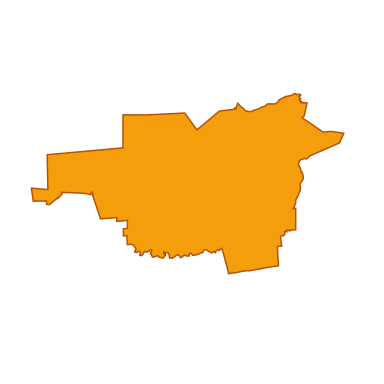 Tepezalá, Aguascalientes, Mexico, rotated 262°
{"feature_id": "50627088B35314322738338", "entity_name": "Tepezalá", "entity_type": "district", "adm_level": 2, "iso_a3": "MEX", "parent_name": "Mexico", "parent_adm1": "Aguascalientes", "projection": "natural_earth1", "projection_center": [-102.215, 22.244], "detail": "fine", "context": "isolated", "style": "filled", "palette": "amber", "viewbox_px": 384, "rotation_deg": 262, "n_neighbors": 0, "source": "geoboundaries", "source_scale": "gbopen_adm2", "svg_char_len": 5725}
<svg xmlns="http://www.w3.org/2000/svg" viewBox="0 0 384 384"><g transform="rotate(262 192 192)"><path d="M125.9,273.3L127.4,273.3L132.8,273.4L135.2,273.4L135.5,273.4L135.9,274.2L136.4,274.8L136.6,275.5L135.9,276.2L136.0,276.6L136.5,276.9L136.9,277.6L137.0,278.0L140.0,278.4L139.9,278.8L139.7,279.5L139.5,280.4L139.8,280.3L140.3,280.2L140.7,280.2L141.0,280.3L140.9,282.4L140.2,282.4L140.0,284.4L140.6,284.6L140.5,286.4L140.4,287.1L140.2,287.9L140.2,289.5L140.7,289.5L141.4,289.6L161.4,292.4L161.4,289.9L162.4,290.9L162.9,291.2L164.8,292.0L165.9,292.9L167.0,293.2L169.5,293.6L170.3,294.1L172.1,295.4L172.1,295.7L172.2,295.8L172.3,295.7L174.7,297.2L177.0,298.4L178.2,299.3L179.2,299.2L179.4,299.3L180.5,300.0L181.4,300.1L182.4,300.0L183.5,300.0L185.0,300.3L185.8,300.7L187.1,302.1L187.7,302.7L188.1,303.0L189.4,303.7L191.2,304.3L193.2,304.2L194.1,304.1L194.6,304.2L194.8,304.1L195.0,304.0L195.3,303.9L195.5,303.9L195.8,303.7L196.2,303.7L196.3,303.7L196.5,303.4L196.7,303.5L196.8,303.4L197.0,303.2L197.3,302.9L197.6,302.8L197.8,302.8L198.0,302.8L198.2,302.7L198.3,302.7L198.7,302.7L198.8,302.7L199.0,302.8L199.3,302.9L199.5,302.9L200.2,302.6L200.3,302.5L200.7,302.5L200.8,302.5L201.0,302.4L201.4,302.2L201.5,302.2L201.8,302.2L202.2,302.0L202.6,301.9L202.7,301.6L202.9,301.6L203.1,301.6L203.3,301.5L203.4,301.4L203.5,301.3L204.0,301.3L204.3,301.3L204.5,301.2L204.7,301.3L204.9,301.3L205.3,301.5L205.7,301.8L206.1,302.0L206.4,302.2L206.7,302.3L206.9,302.4L207.4,302.5L208.2,302.5L208.5,303.7L208.7,304.6L209.6,307.9L208.8,309.6L209.4,311.3L211.2,313.3L211.4,314.0L212.3,317.2L220.1,344.9L229.0,350.5L232.6,338.5L233.1,330.1L250.2,311.3L251.9,313.8L264.2,318.3L264.8,315.0L265.4,312.5L266.2,313.0L266.2,311.9L268.3,312.3L267.9,311.7L268.1,311.3L268.7,312.1L269.1,312.3L270.3,311.5L271.5,311.2L271.9,312.2L272.1,312.6L272.5,313.1L273.8,312.7L273.9,310.0L274.0,310.0L273.9,309.0L274.2,308.8L274.9,307.9L275.2,307.6L275.3,307.4L274.0,304.7L273.8,304.5L273.8,304.3L273.5,298.1L273.4,298.1L273.1,298.1L273.0,298.3L272.9,298.8L272.9,297.1L273.2,297.1L272.0,293.4L271.0,291.2L270.8,290.6L270.3,290.6L269.1,289.3L269.0,289.2L267.6,286.4L267.9,284.9L268.2,282.7L268.6,280.1L268.7,279.3L266.8,275.9L266.7,275.8L266.7,275.5L266.7,275.1L266.4,274.2L266.3,273.3L266.3,272.6L266.4,271.9L266.0,271.6L265.6,271.0L265.1,269.7L264.9,268.3L264.6,267.2L264.6,266.1L264.6,265.8L264.3,265.3L264.2,264.0L263.5,262.6L263.5,262.0L263.6,261.7L263.6,260.4L264.0,258.7L264.2,258.0L264.6,257.8L264.8,256.7L265.7,255.6L267.6,254.5L269.2,252.6L273.5,249.8L269.4,247.4L268.1,246.9L268.3,246.7L268.5,246.7L268.8,246.4L269.0,246.3L269.2,246.2L269.3,246.0L269.3,245.9L269.0,245.9L268.6,245.8L268.1,245.7L268.3,230.4L252.8,205.5L271.2,195.8L274.7,157.4L278.0,134.4L245.3,129.8L249.1,53.9L240.4,52.7L236.0,52.2L214.4,49.6L218.2,33.5L205.1,33.5L204.6,37.0L203.3,46.6L199.9,46.3L199.4,49.2L205.2,58.5L204.5,58.5L207.7,62.7L207.9,63.0L209.0,62.9L209.8,63.0L209.6,64.2L209.2,65.8L207.2,77.5L205.7,84.9L203.5,91.4L205.5,92.3L205.8,93.2L203.3,93.6L203.0,93.1L178.1,97.7L177.1,114.0L175.3,113.6L173.4,113.3L173.0,120.3L172.9,124.1L165.0,122.9L165.1,119.0L163.4,118.7L161.7,118.5L158.1,117.9L157.6,121.6L156.1,121.3L152.2,120.9L149.3,120.5L148.8,120.7L148.7,123.0L148.8,124.0L147.8,126.4L147.5,126.6L145.6,127.4L144.6,128.2L143.0,128.5L142.7,128.3L141.5,127.2L141.3,127.0L140.6,126.9L140.4,127.2L139.9,128.0L139.8,129.0L140.3,129.9L140.6,130.8L140.6,131.3L139.9,132.1L139.5,132.3L139.1,132.3L138.4,132.2L137.7,131.9L136.6,131.4L136.1,132.4L136.2,133.3L136.3,133.7L137.2,134.8L137.7,135.2L138.6,135.7L139.7,136.6L139.3,137.4L139.0,138.2L138.9,139.9L139.5,140.0L139.4,141.4L140.4,142.6L140.5,143.7L139.5,144.1L137.3,142.4L136.8,142.3L136.0,143.2L134.6,143.3L133.0,143.8L132.9,144.0L133.1,146.0L133.8,149.4L133.5,149.8L132.3,149.9L130.7,153.8L130.7,154.5L133.0,156.8L134.3,157.0L134.7,155.3L136.5,155.7L135.7,156.8L135.6,157.8L135.3,159.5L135.1,159.7L135.0,159.9L134.8,160.0L134.7,160.1L133.7,160.2L132.3,160.9L132.2,161.0L131.0,160.5L130.1,160.5L129.8,160.6L129.6,160.8L129.5,161.2L129.6,162.1L129.5,162.3L129.1,162.9L129.1,163.3L129.3,163.6L129.6,164.1L130.0,165.1L130.9,166.6L131.9,168.9L131.9,169.6L131.7,169.8L131.0,170.0L130.2,170.9L129.0,171.2L128.7,171.8L128.7,172.0L128.8,172.6L128.9,173.2L129.6,174.0L130.1,174.6L130.4,175.1L130.5,175.5L130.5,176.0L130.3,176.4L129.8,176.7L129.7,177.0L129.6,177.3L129.4,177.7L129.5,178.0L129.4,178.4L129.4,178.5L129.1,179.0L128.9,179.4L128.9,179.6L128.9,179.8L129.1,180.1L129.3,180.2L129.9,180.3L130.0,180.3L130.4,180.4L130.8,180.6L130.9,180.8L131.0,180.9L131.1,181.0L131.3,181.3L131.5,181.5L131.7,181.9L131.5,182.4L131.4,182.6L130.7,183.1L130.0,183.5L129.4,183.9L129.2,184.0L129.1,184.5L129.1,184.9L129.1,185.5L129.1,185.8L129.2,186.2L129.4,187.0L129.3,187.3L129.2,187.8L129.1,188.2L129.5,189.0L129.6,189.6L129.8,190.5L129.9,190.8L130.4,191.7L130.5,191.8L130.4,193.2L130.4,194.1L130.5,194.2L130.9,194.4L131.6,194.7L131.9,194.9L133.0,196.0L133.1,196.4L133.0,196.7L133.0,197.7L132.8,198.2L132.3,198.8L130.6,200.3L130.5,200.8L130.3,201.4L129.8,202.1L128.8,203.0L129.4,203.9L130.1,205.2L130.0,205.6L129.7,205.9L129.0,206.1L128.6,206.6L128.8,207.0L129.5,207.0L130.2,207.4L130.3,207.5L130.9,208.5L131.0,209.1L130.9,210.1L130.3,210.3L131.1,212.0L132.1,213.5L127.0,214.6L125.3,214.7L121.9,215.1L118.6,215.5L115.7,215.9L110.7,216.5L107.1,216.8L106.0,216.7L106.1,219.5L106.3,220.1L106.5,220.4L106.7,220.5L106.0,221.3L106.1,223.8L106.1,225.1L106.3,228.9L106.6,232.5L106.4,232.7L106.5,235.1L106.2,236.3L106.0,237.8L106.0,238.4L106.1,239.6L106.2,243.4L106.7,255.5L106.9,265.2L106.9,267.4L114.4,267.9L118.1,268.2L121.6,268.6L123.3,268.7L124.6,268.8L126.3,269.0L126.0,271.4L125.9,273.3Z" fill="#f59e0b" stroke="#b45309" stroke-width="1.5"/></g></svg>